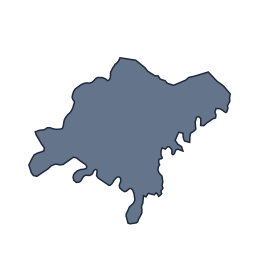 Paso de los Toros, Tacuarembó, Uruguay (Albers equal-area conic projection), rotated 26°
{"feature_id": "84410073B41725704042311", "entity_name": "Paso de los Toros", "entity_type": "district", "adm_level": 2, "iso_a3": "URY", "parent_name": "Uruguay", "parent_adm1": "Tacuarembó", "projection": "albers", "projection_center": [-56.519, -32.72], "detail": "fine", "context": "isolated", "style": "filled", "palette": "slate", "viewbox_px": 256, "rotation_deg": 26, "n_neighbors": 0, "source": "geoboundaries", "source_scale": "gbopen_adm2", "svg_char_len": 3358}
<svg xmlns="http://www.w3.org/2000/svg" viewBox="0 0 256 256"><g transform="rotate(26 128 128)"><path d="M90.0,68.4L90.0,69.0L90.1,69.8L90.0,70.5L90.2,70.8L90.1,71.1L90.2,71.8L90.1,72.3L89.8,72.8L89.8,73.8L89.4,74.6L89.2,75.4L89.1,75.6L88.9,75.8L88.5,76.3L88.4,76.5L88.4,76.8L88.5,77.2L88.5,77.6L88.3,78.5L88.2,79.3L88.1,79.7L87.9,81.4L87.9,81.8L88.0,82.0L88.0,82.5L87.9,83.2L88.0,84.0L87.9,84.8L87.9,85.5L88.0,85.8L89.0,87.9L89.8,89.9L90.1,91.1L90.2,91.6L90.0,92.8L89.8,93.4L89.5,93.9L89.1,94.1L88.7,94.3L88.0,94.2L87.0,93.9L86.0,93.7L83.7,93.9L82.7,94.0L82.0,94.2L81.0,94.9L80.0,95.2L79.0,95.7L78.3,96.2L77.8,97.0L77.1,98.6L76.5,100.7L75.8,102.4L74.8,103.6L73.5,104.7L71.3,105.5L69.2,106.9L67.7,108.6L66.3,110.5L65.5,112.3L64.3,114.4L63.4,116.4L63.1,118.9L63.6,122.5L64.4,125.1L66.1,126.6L68.0,127.6L68.9,129.2L69.0,131.2L69.6,134.0L69.6,136.6L69.3,139.3L68.0,142.4L67.5,145.1L67.2,147.6L67.5,149.9L68.2,152.2L68.9,154.4L69.2,157.2L67.9,158.5L65.5,159.9L63.2,161.0L60.5,161.6L57.6,162.0L55.3,163.2L54.3,165.1L53.2,166.6L50.9,167.9L49.0,169.2L47.8,170.6L46.3,172.1L48.5,174.4L57.6,180.5L61.5,182.4L62.4,185.3L61.0,187.1L57.4,190.5L55.4,193.5L55.1,198.2L55.1,204.7L60.6,210.5L63.8,212.2L67.4,211.3L69.7,207.1L74.1,199.7L75.5,195.7L78.7,192.1L83.0,191.0L85.7,189.2L91.8,178.1L94.8,177.5L100.0,178.6L103.7,179.1L106.2,179.5L107.8,180.8L108.1,181.6L108.1,182.7L106.5,184.3L103.6,186.1L101.2,188.8L99.8,192.3L99.7,194.2L100.2,196.3L102.1,198.7L105.3,199.6L107.5,198.4L108.8,196.2L109.2,191.4L109.9,189.9L110.7,189.0L114.5,187.4L116.0,185.1L116.0,181.7L116.3,180.4L116.9,179.6L117.7,179.3L118.6,179.5L119.1,180.2L119.6,181.7L120.7,184.7L122.8,185.9L124.3,186.2L133.3,187.5L133.6,187.5L135.8,187.9L137.1,187.2L137.3,186.8L138.0,185.0L138.5,180.3L139.4,177.5L140.2,176.4L141.5,175.9L142.5,176.1L143.5,176.5L144.9,179.5L145.2,183.2L146.8,185.4L149.9,186.5L152.8,186.7L154.2,185.6L155.4,182.8L156.1,181.7L156.8,181.2L157.8,181.1L159.6,181.9L162.4,184.6L165.7,189.6L165.9,191.5L165.8,193.4L163.9,198.5L164.1,202.2L164.1,205.6L164.1,206.2L165.0,208.2L167.4,210.8L169.7,213.5L171.9,213.2L177.2,209.5L177.8,208.0L177.7,207.4L177.5,205.8L177.7,200.7L177.7,198.4L176.3,195.4L174.8,193.1L174.5,192.4L174.2,190.1L174.3,189.2L171.6,182.0L174.3,182.1L174.9,177.8L178.2,177.2L181.0,176.5L181.6,173.9L183.1,174.4L185.6,176.0L186.4,174.4L187.1,172.3L185.2,170.3L185.8,166.8L183.6,164.5L183.1,161.5L179.7,156.4L175.4,154.7L173.1,152.3L172.2,149.3L172.6,147.3L170.7,145.6L169.5,142.6L171.6,140.8L172.0,139.9L169.4,137.6L167.8,134.3L167.3,131.0L169.3,130.7L170.7,130.7L171.8,127.6L173.2,126.8L176.1,127.7L177.3,128.9L178.8,132.0L180.1,132.3L180.9,130.9L180.7,128.2L180.7,126.4L182.6,125.0L184.8,125.0L187.5,124.6L184.3,121.3L179.7,120.7L175.8,118.4L175.5,112.5L175.4,109.7L179.5,108.5L182.2,112.8L184.5,114.9L189.7,113.9L188.8,111.7L187.4,108.7L186.6,105.2L188.8,101.5L189.5,99.4L186.8,95.0L185.8,93.2L184.9,88.4L186.2,86.8L189.0,87.4L190.6,90.3L192.2,93.9L195.2,92.6L196.5,89.0L198.7,85.3L200.3,82.4L202.3,80.7L201.4,77.7L199.1,75.6L198.6,71.9L202.3,70.3L205.5,70.7L208.9,71.3L209.7,70.3L209.2,66.6L207.6,64.3L207.8,59.3L205.9,56.0L205.0,52.6L195.5,48.4L187.2,46.9L175.6,42.5L165.1,52.2L160.5,55.9L158.9,59.7L150.3,69.6L143.8,70.6L140.5,69.2L135.7,70.0L132.3,68.0L129.0,69.3L120.7,68.3L116.9,66.4L105.2,63.7L90.0,68.4Z" fill="#64748b" stroke="#1e293b" stroke-width="1.5"/></g></svg>